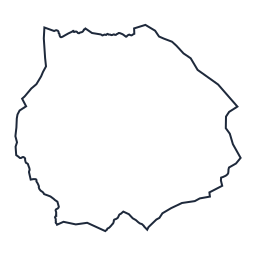 the district of Erdenecogt, Bayanhongor, Mongolia
{"feature_id": "93677404B84319182599857", "entity_name": "Erdenecogt", "entity_type": "district", "adm_level": 2, "iso_a3": "MNG", "parent_name": "Mongolia", "parent_adm1": "Bayanhongor", "projection": "orthographic", "projection_center": [100.913, 46.548], "detail": "fine", "context": "isolated", "style": "outline", "palette": "slate", "viewbox_px": 256, "rotation_deg": 0, "n_neighbors": 0, "source": "geoboundaries", "source_scale": "gbopen_adm2", "svg_char_len": 3481}
<svg xmlns="http://www.w3.org/2000/svg" viewBox="0 0 256 256"><path d="M190.7,58.3L183.5,53.4L176.5,45.8L172.0,41.7L163.8,38.6L159.0,36.5L155.1,30.7L145.4,24.9L134.1,28.4L134.3,33.8L133.4,34.2L132.6,34.7L132.1,35.1L131.7,35.3L131.1,35.3L130.8,35.2L130.3,35.1L129.2,34.6L128.1,35.1L127.7,35.4L127.3,35.7L126.5,36.6L126.4,36.6L126.0,36.7L125.3,36.2L125.0,36.0L124.5,35.6L123.3,34.7L122.5,34.2L121.8,33.9L119.8,33.1L118.8,33.0L118.7,33.0L118.1,33.4L118.0,33.5L117.6,33.8L116.6,34.2L116.2,34.7L115.7,34.8L115.3,34.9L114.8,34.8L114.3,34.5L113.9,34.4L113.3,34.5L112.5,34.9L112.0,35.0L111.7,35.0L111.4,35.1L110.8,34.9L110.2,34.6L109.4,34.6L108.8,34.5L108.4,34.5L108.0,34.1L107.7,33.9L107.2,34.1L106.5,34.4L106.2,34.9L105.6,34.9L105.0,34.7L104.6,34.6L104.2,34.7L103.6,35.0L103.1,35.2L102.5,35.4L102.3,35.4L101.6,34.8L100.6,34.4L92.0,33.0L85.4,28.5L84.5,29.5L84.2,29.4L83.9,29.6L83.5,30.5L83.1,31.2L82.7,31.6L82.1,32.0L81.6,32.2L81.2,32.3L80.7,32.4L80.2,32.5L79.7,32.8L79.2,33.2L78.7,33.2L78.2,33.1L77.8,32.9L77.5,32.5L76.8,31.8L76.3,31.6L76.0,31.5L75.0,31.7L74.1,32.0L73.6,31.8L73.3,31.2L73.3,30.9L73.1,30.9L72.9,31.1L71.8,31.8L69.9,32.7L68.4,33.4L64.5,35.6L62.6,36.7L61.5,37.1L61.1,37.2L60.6,37.1L60.2,36.7L59.9,36.1L59.6,35.5L59.6,34.8L59.5,34.3L59.4,33.9L59.2,33.7L58.9,33.5L58.7,33.2L58.7,32.7L58.5,31.8L58.2,31.2L57.7,30.7L57.1,30.5L56.7,30.3L56.1,30.2L54.1,31.0L44.4,27.5L43.8,38.4L45.1,58.0L46.0,66.4L43.0,71.9L41.1,76.4L36.4,84.2L31.3,88.5L24.6,96.5L22.1,98.7L26.1,106.3L19.6,110.5L17.5,114.5L16.8,118.4L16.4,127.5L15.4,136.2L17.0,142.3L15.6,146.7L16.2,155.1L18.3,156.6L19.8,157.9L20.6,158.0L21.5,157.8L22.3,157.2L23.1,157.0L23.9,157.3L24.6,157.8L25.1,158.5L25.1,160.0L25.6,162.0L26.1,162.9L27.0,163.3L27.9,164.0L28.4,165.6L29.3,168.0L29.6,169.4L29.5,170.4L29.1,171.2L29.0,172.2L29.5,174.4L30.7,179.6L31.9,179.4L33.2,179.1L34.5,179.1L35.7,179.2L36.3,179.6L36.5,180.5L36.4,181.3L36.7,181.9L37.3,182.8L37.6,183.3L38.4,185.0L38.9,186.3L38.8,187.5L39.4,189.1L40.7,190.7L42.5,191.9L43.4,192.8L43.7,193.4L44.0,194.0L44.9,194.4L46.3,194.9L48.2,195.6L50.5,196.5L53.6,198.8L54.9,200.0L57.4,201.7L58.8,206.7L58.5,207.6L57.7,208.5L56.9,208.9L56.1,209.3L55.7,209.9L55.6,210.4L56.2,212.3L56.1,213.3L56.3,214.1L55.9,215.1L56.3,215.9L55.4,216.6L55.0,217.2L55.7,219.0L55.8,219.8L55.7,220.8L55.9,221.6L55.7,222.6L56.0,223.1L56.3,223.5L56.9,223.9L57.1,224.7L63.5,221.8L75.8,224.4L87.2,222.8L105.3,231.1L106.1,230.3L106.6,230.0L107.0,229.6L107.2,229.0L107.4,228.6L107.8,228.4L109.0,227.8L109.6,227.3L110.7,226.1L111.3,225.5L111.9,224.7L112.2,224.3L112.9,223.7L113.4,222.8L113.6,222.0L113.8,221.5L113.8,220.6L114.0,220.0L114.3,219.6L115.1,219.3L115.8,219.1L116.5,218.7L117.6,218.0L118.0,217.4L118.3,216.8L118.6,216.2L119.0,215.2L119.3,214.7L119.7,214.3L120.7,213.9L123.3,211.6L128.9,214.2L131.3,216.8L132.0,217.5L132.7,218.3L133.3,218.6L134.3,219.2L135.4,219.8L136.0,220.2L137.1,221.2L138.1,222.1L139.0,222.8L140.2,223.6L141.4,223.9L141.9,224.1L142.3,224.4L142.7,224.8L143.1,225.3L143.6,225.6L143.9,226.0L144.0,226.4L147.2,229.7L148.5,227.1L156.4,219.5L159.4,217.9L162.4,213.3L171.2,208.1L181.9,203.0L194.8,201.1L199.8,198.4L209.9,196.6L209.4,192.4L222.2,185.8L220.9,180.5L221.1,177.6L221.7,177.4L222.4,177.2L223.2,176.9L224.5,176.3L225.4,175.9L226.2,175.4L227.5,174.3L228.2,173.1L228.4,171.5L228.5,169.4L229.0,167.5L236.0,163.5L240.6,157.9L232.9,144.2L229.8,133.7L225.8,128.2L226.0,116.6L229.1,111.9L237.4,106.6L218.1,84.5L197.6,69.9L190.7,58.3Z" fill="none" stroke="#1e293b" stroke-width="2"/></svg>